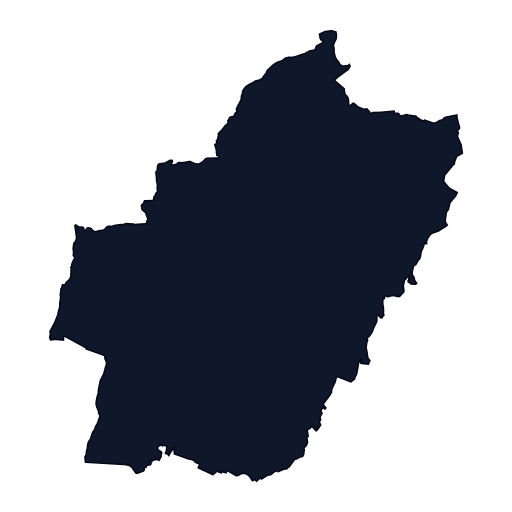 outline of Mihaesti, Arges, Romania
{"feature_id": "2599482B87190754251208", "entity_name": "Mihaesti", "entity_type": "district", "adm_level": 2, "iso_a3": "ROU", "parent_name": "Romania", "parent_adm1": "Arges", "projection": "albers", "projection_center": [25.018, 45.129], "detail": "fine", "context": "isolated", "style": "filled", "palette": "ink", "viewbox_px": 512, "rotation_deg": 0, "n_neighbors": 0, "source": "geoboundaries", "source_scale": "gbopen_adm2", "svg_char_len": 5993}
<svg xmlns="http://www.w3.org/2000/svg" viewBox="0 0 512 512"><path d="M325.7,407.4L324.1,405.8L323.2,404.0L329.3,396.0L331.5,392.4L331.7,389.3L335.3,381.8L336.0,378.4L337.1,376.5L350.9,381.9L354.7,378.9L354.9,377.5L356.7,373.9L358.9,361.6L360.1,359.7L361.6,359.5L360.4,362.0L361.3,362.4L361.0,363.4L368.4,364.2L369.9,360.5L367.9,358.0L366.6,349.6L366.1,347.9L366.8,342.4L367.7,340.0L366.6,338.5L369.4,336.3L372.2,331.9L373.8,327.7L376.8,321.5L377.0,315.1L378.3,315.0L379.2,316.4L381.1,318.0L382.2,317.8L382.5,316.7L384.0,315.1L383.5,314.1L383.5,308.1L382.8,304.0L382.8,300.1L383.3,299.0L384.5,298.6L384.2,296.7L384.9,295.6L386.4,296.6L388.2,296.7L391.3,295.8L394.0,295.6L396.9,296.4L399.5,296.6L403.8,291.9L404.0,290.4L403.3,285.9L404.6,280.0L405.5,279.4L407.5,276.9L409.1,276.2L409.5,276.6L408.7,278.7L408.7,280.0L407.9,281.1L408.2,281.8L411.0,284.0L415.7,284.3L416.7,283.3L414.7,280.4L413.9,277.0L412.6,275.4L412.1,273.2L412.7,269.5L413.9,265.3L415.6,264.9L418.3,260.3L419.8,258.5L420.5,256.3L421.3,251.0L422.4,249.3L424.7,242.9L425.8,243.7L426.7,243.7L426.4,242.0L427.6,238.6L429.8,235.1L430.9,234.1L432.3,233.2L438.3,231.1L446.5,225.9L447.3,224.9L445.6,222.8L445.3,219.7L446.4,212.2L448.4,209.5L450.0,202.7L454.6,197.2L456.1,195.1L457.3,192.5L449.3,188.2L443.6,181.4L444.7,175.2L452.7,165.4L454.5,163.8L454.3,162.6L456.7,156.4L462.4,153.3L461.2,145.1L457.4,136.3L458.4,132.9L457.3,131.1L459.7,128.0L457.0,117.8L456.9,115.0L446.0,117.1L444.3,117.8L442.4,119.9L439.8,120.4L436.3,122.5L433.5,123.2L424.6,120.1L424.3,121.0L419.4,119.6L419.7,119.1L416.4,117.0L416.3,116.4L415.8,116.1L408.3,115.1L406.9,114.5L399.9,116.3L399.8,115.1L398.9,113.9L397.4,113.1L395.7,113.5L394.3,112.8L394.2,111.1L380.7,112.3L372.7,112.5L370.1,113.9L369.8,112.0L366.8,108.8L363.9,109.3L357.4,106.6L356.5,105.4L354.0,103.4L353.1,103.1L351.3,104.7L351.2,105.3L349.2,105.3L348.7,104.7L348.6,101.1L348.1,98.2L347.1,96.2L345.2,94.6L344.3,90.7L344.3,88.8L334.3,80.3L338.0,76.9L348.2,69.5L350.1,66.4L349.4,64.5L348.2,65.5L342.6,66.1L341.8,65.7L339.6,64.1L338.9,62.3L336.4,59.2L335.3,57.2L334.1,52.1L334.1,47.9L333.3,45.9L334.3,42.6L336.1,39.1L336.5,35.2L336.0,32.0L331.7,30.7L325.1,31.5L319.4,34.1L320.2,38.4L321.0,39.9L322.4,40.6L322.9,41.8L322.4,42.8L316.4,46.0L315.4,49.0L314.2,50.1L309.3,51.0L307.4,52.3L306.2,52.5L305.0,53.8L303.1,54.0L295.3,56.7L292.1,57.4L289.1,57.2L285.1,58.2L282.4,60.6L277.4,62.2L273.4,64.7L267.2,70.4L266.2,73.0L263.4,76.5L262.5,78.3L259.3,80.1L255.5,80.9L252.3,83.0L249.9,84.0L246.0,86.5L244.1,88.7L242.6,91.4L242.4,93.5L241.3,96.2L241.4,97.9L240.8,100.3L237.3,106.8L237.3,107.5L236.3,108.8L237.0,111.7L235.5,112.7L233.7,116.4L230.6,117.0L229.4,117.7L229.0,119.2L227.8,120.6L228.1,123.3L225.2,125.6L222.0,129.8L218.4,133.5L218.2,134.9L218.6,135.7L218.6,136.7L217.9,137.0L217.6,139.5L216.4,140.7L216.7,142.7L216.5,143.4L214.8,144.7L216.5,150.7L216.3,152.4L216.9,153.9L216.7,155.2L217.1,155.6L218.2,155.4L218.6,156.0L218.8,157.2L218.0,158.0L206.9,158.2L205.5,158.9L202.8,161.7L198.5,164.2L194.5,163.5L189.9,161.4L184.2,162.4L181.3,162.8L180.0,162.4L177.8,162.9L176.6,164.2L171.4,165.4L171.9,162.3L172.4,162.0L172.4,161.0L172.1,160.3L169.9,160.3L165.0,163.1L159.2,163.8L158.3,164.5L157.6,166.0L157.1,170.5L156.8,171.5L156.1,171.6L155.9,173.4L156.5,177.8L156.5,180.7L157.4,184.9L157.1,188.5L157.5,190.7L157.1,192.3L155.9,193.2L155.1,195.6L154.0,196.7L153.5,199.6L152.9,200.5L144.5,200.8L143.2,203.7L141.3,205.4L142.1,209.8L145.5,212.5L147.9,219.1L146.6,221.9L146.5,223.7L136.8,224.3L135.8,224.8L134.2,224.1L126.2,223.5L122.6,224.7L120.7,224.5L114.2,225.5L111.7,226.5L109.0,226.1L106.9,226.8L104.6,229.3L103.2,230.2L99.9,230.5L96.0,231.6L93.8,231.4L90.8,228.3L88.4,227.8L87.7,227.8L86.8,228.5L84.5,231.6L83.5,227.6L82.4,227.1L79.2,227.1L75.6,224.8L74.9,225.8L76.6,238.0L75.6,241.1L73.8,243.3L73.1,248.6L73.6,252.7L73.2,255.1L73.6,256.1L75.4,258.0L74.0,259.2L72.8,261.6L71.7,264.4L71.7,266.0L70.7,267.6L71.5,269.6L70.8,270.8L71.3,272.0L70.8,273.5L70.9,275.2L70.3,278.0L68.6,280.4L66.1,282.4L65.4,284.1L64.8,284.8L62.4,284.9L61.7,287.8L60.9,288.8L60.9,291.2L60.2,294.4L60.6,297.7L59.7,303.3L59.8,306.8L58.4,311.6L57.7,315.1L54.7,322.5L49.9,331.6L50.2,332.8L50.2,334.8L49.6,337.7L50.6,340.0L54.8,339.4L63.5,340.1L63.6,337.2L64.1,335.9L86.6,348.2L86.3,349.0L105.0,355.7L104.8,358.3L106.3,361.7L106.6,363.2L103.6,374.2L100.3,380.5L98.5,389.3L98.2,393.4L96.8,397.9L96.0,403.4L96.7,406.9L98.4,410.9L98.6,413.1L100.0,415.9L97.5,423.2L95.4,426.8L94.8,429.5L92.7,432.1L90.9,437.3L90.9,438.3L88.5,441.8L87.7,444.2L87.2,449.0L86.7,450.1L86.1,454.9L84.9,456.9L85.4,462.2L125.3,464.6L129.6,465.6L132.0,467.5L135.9,473.2L137.2,473.4L143.7,470.9L144.2,469.9L144.1,468.1L146.1,467.2L146.9,465.4L150.5,464.7L151.1,463.7L150.6,462.2L151.3,461.6L151.9,461.6L152.5,460.3L155.7,459.7L156.3,458.7L156.1,458.3L156.5,458.2L156.8,458.5L156.6,459.4L159.1,460.4L161.3,456.2L161.0,455.4L161.2,454.6L160.6,454.1L161.3,453.2L161.8,453.1L161.4,451.9L157.7,449.6L158.0,446.5L161.6,444.8L162.5,446.0L163.3,445.4L164.3,445.4L166.3,446.1L166.8,446.9L166.4,450.3L165.4,453.5L167.4,453.9L168.8,455.6L170.8,452.0L172.7,449.4L173.9,446.3L174.3,453.9L189.1,459.2L189.4,458.6L195.4,461.3L195.0,462.1L199.8,464.3L198.1,467.8L212.9,474.7L217.1,471.2L217.9,471.0L218.7,472.1L221.1,472.8L220.8,471.8L224.1,472.2L225.8,472.9L226.2,472.7L226.9,470.5L227.3,470.6L236.1,475.7L238.3,475.5L240.6,474.0L243.4,473.3L246.6,474.0L248.8,475.7L250.8,478.0L251.5,479.8L252.9,480.8L254.5,479.7L255.3,479.9L256.6,481.3L258.2,479.7L261.1,477.6L261.6,479.0L267.9,475.1L270.6,474.8L274.9,471.4L278.3,470.7L278.4,471.6L283.7,469.3L286.9,468.8L287.8,467.6L289.2,466.9L294.7,459.3L296.2,459.1L299.7,457.2L302.6,456.5L303.7,454.4L304.3,449.5L303.8,448.1L306.4,445.5L307.6,442.2L306.8,437.6L308.2,436.4L307.2,429.9L309.8,428.5L312.0,426.4L316.1,430.9L317.8,429.3L320.7,425.0L319.3,421.9L320.7,419.7L320.1,418.0L320.3,416.6L322.1,413.3L321.2,412.0L321.6,408.8L323.2,407.8L324.8,409.1L325.7,408.4L325.7,407.4Z" fill="#0f172a" stroke="#020617" stroke-width="1.5"/></svg>